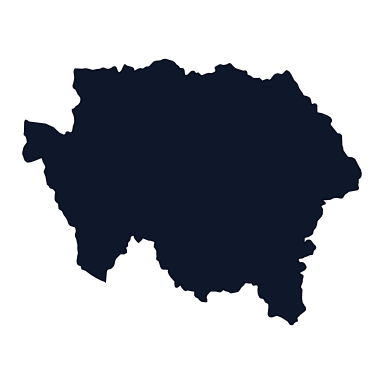 Ha Quang, Cao Bằng, Vietnam
{"feature_id": "81297802B58374178577075", "entity_name": "Ha Quang", "entity_type": "district", "adm_level": 2, "iso_a3": "VNM", "parent_name": "Vietnam", "parent_adm1": "Cao Bằng", "projection": "robinson", "projection_center": [106.12, 22.894], "detail": "fine", "context": "isolated", "style": "filled", "palette": "ink", "viewbox_px": 384, "rotation_deg": 0, "n_neighbors": 0, "source": "geoboundaries", "source_scale": "gbopen_adm2", "svg_char_len": 5882}
<svg xmlns="http://www.w3.org/2000/svg" viewBox="0 0 384 384"><path d="M360.1,169.6L359.3,168.5L354.8,159.9L354.0,159.0L351.8,157.9L349.8,157.9L347.9,157.4L347.1,156.8L343.1,151.1L342.7,150.1L342.5,147.9L341.9,146.5L341.6,144.7L341.3,136.0L340.6,134.8L339.6,134.3L337.1,133.9L330.5,125.6L329.8,124.0L330.2,122.8L331.2,121.4L331.3,120.2L331.0,119.2L329.8,117.7L326.8,115.9L321.8,113.9L317.6,113.1L317.0,112.7L316.6,111.4L316.6,105.4L315.7,104.4L314.7,104.0L312.3,104.8L311.6,104.7L311.0,103.6L310.1,99.6L309.4,98.2L306.8,96.8L304.4,96.3L302.9,95.6L302.3,93.9L299.6,90.1L298.4,88.0L297.3,84.8L296.3,83.3L293.6,80.6L290.6,74.6L289.0,72.3L286.8,70.9L285.7,71.5L282.7,74.6L281.8,74.9L280.9,74.9L277.8,73.9L275.6,74.5L274.2,75.5L270.8,79.9L269.9,80.3L269.1,80.4L267.3,79.6L266.5,79.7L262.5,81.3L261.9,81.1L259.3,78.5L255.8,78.8L253.0,78.6L250.2,76.3L247.5,75.5L246.9,74.9L246.6,72.6L246.0,71.4L245.2,71.1L243.9,71.4L242.5,71.2L235.3,68.9L232.8,66.7L230.7,64.3L229.4,63.8L226.6,65.2L223.5,65.8L220.0,64.9L215.5,67.3L215.3,67.8L216.0,70.0L216.0,71.1L215.6,71.8L214.8,72.6L212.3,73.6L211.1,73.9L208.8,73.6L206.9,74.0L202.1,75.9L201.1,76.0L198.3,73.3L197.6,73.2L196.3,73.9L195.5,73.7L194.3,71.9L192.8,71.4L191.4,71.8L187.9,75.3L185.8,75.7L184.8,75.4L184.3,74.5L183.8,70.3L183.1,69.0L179.6,68.6L178.3,66.6L176.0,64.9L174.2,62.7L172.5,61.6L166.0,59.6L164.4,59.6L163.0,59.9L160.9,61.0L155.2,61.6L153.8,62.3L150.1,66.2L148.6,67.2L146.0,67.3L143.4,69.2L142.2,69.3L141.1,68.9L139.8,68.9L137.9,69.6L135.1,71.3L134.3,71.1L133.7,70.7L133.1,68.5L132.0,67.7L126.7,66.3L125.1,65.0L124.6,65.0L122.0,70.6L120.2,72.7L118.7,73.0L118.0,72.4L117.1,71.1L115.9,67.8L114.9,66.9L113.2,67.3L111.3,68.7L108.4,69.7L106.4,69.4L103.7,68.3L102.6,68.3L99.7,69.6L97.3,69.7L92.7,70.7L87.5,69.2L85.1,69.0L81.8,69.5L75.6,69.1L75.0,69.3L74.4,70.7L74.3,72.1L74.9,76.8L74.9,78.9L74.0,83.3L73.3,85.1L73.3,86.7L74.2,88.2L75.9,89.1L78.4,94.1L80.8,97.1L81.2,99.5L80.8,101.7L80.2,103.2L78.8,105.0L75.9,107.1L74.4,108.9L72.5,109.6L72.6,111.4L74.1,114.9L74.7,117.3L75.0,121.7L74.5,123.9L73.6,126.4L72.8,131.2L72.0,132.5L70.5,133.1L69.5,133.0L68.1,132.1L67.1,132.1L66.3,132.7L65.8,134.2L64.9,135.1L63.6,135.4L59.5,133.5L57.5,131.9L53.4,127.9L45.4,124.3L28.8,122.2L26.8,120.7L26.0,120.5L25.6,120.5L25.2,121.1L24.9,122.5L24.7,131.2L24.4,134.6L26.3,136.3L26.9,138.0L27.6,141.8L27.4,142.9L24.7,146.5L23.9,148.4L23.0,152.7L23.0,153.9L25.1,159.9L26.7,161.5L27.9,161.9L30.0,161.6L33.9,160.4L41.2,157.4L42.0,157.6L42.7,158.4L43.1,160.4L43.6,161.8L46.0,166.2L46.0,167.7L44.4,171.7L46.2,176.6L47.6,184.3L49.1,185.4L50.2,187.4L50.9,187.8L53.2,188.4L55.4,190.9L56.0,192.4L55.5,194.4L55.3,199.0L55.7,200.5L56.9,202.0L58.8,203.4L59.2,208.3L60.1,209.2L62.5,210.5L64.3,214.6L66.6,217.7L68.1,220.4L68.8,223.0L69.5,224.2L70.5,225.2L75.0,226.6L75.9,227.7L76.5,230.3L76.5,231.9L75.7,234.3L75.7,236.2L76.9,238.8L78.2,245.0L78.0,248.4L78.6,252.7L78.6,253.8L78.1,255.3L77.3,261.0L77.5,262.9L78.1,264.2L78.8,264.8L81.3,265.4L81.9,268.1L82.3,268.9L85.6,270.0L91.4,274.3L96.7,277.5L101.3,279.8L105.0,281.2L105.3,281.5L106.0,272.8L106.6,269.8L107.7,268.9L110.6,268.3L112.4,266.6L113.3,265.5L113.9,263.8L114.6,260.2L115.7,258.1L120.2,253.6L124.3,253.6L126.0,252.6L126.3,252.2L126.2,250.2L125.3,247.8L125.5,247.2L127.0,246.2L127.3,245.6L127.4,242.5L129.3,240.4L130.0,238.6L129.9,237.6L130.4,236.4L131.9,235.3L133.1,234.9L133.7,234.9L134.2,235.1L134.7,237.5L135.4,238.7L137.5,241.4L138.5,242.2L140.9,239.9L142.6,237.7L143.2,237.7L148.7,239.9L150.6,240.0L153.8,241.0L155.2,242.2L154.5,245.8L154.5,246.9L155.7,248.4L157.1,250.9L157.0,253.6L157.3,256.2L156.9,258.8L157.2,259.6L159.5,261.0L159.6,262.1L161.2,267.2L162.1,268.5L163.3,268.9L168.0,269.0L168.7,269.6L168.6,272.0L169.2,273.8L171.0,276.6L175.0,281.1L175.2,282.0L175.1,284.2L175.6,286.7L176.7,287.1L177.5,286.9L179.7,285.0L180.8,284.6L182.0,287.0L183.9,289.3L185.4,290.4L187.5,289.7L195.0,291.1L194.9,295.2L195.8,296.5L198.7,298.1L199.5,299.3L201.7,301.1L205.8,301.6L206.6,301.4L206.6,300.3L205.8,297.4L206.5,295.1L209.6,291.5L210.5,290.8L216.1,290.8L218.8,291.5L220.7,291.5L223.2,289.2L223.8,289.3L225.4,290.5L229.0,291.3L230.2,292.4L231.3,292.6L237.3,291.4L238.4,290.8L241.1,286.8L243.3,284.8L244.8,282.8L245.8,282.3L248.8,282.8L251.8,282.7L252.9,284.6L253.4,285.0L256.0,284.5L257.1,284.6L257.8,285.3L258.6,286.3L258.2,289.4L258.4,293.0L259.0,295.2L260.0,297.1L261.0,297.8L262.7,298.0L263.8,298.5L265.9,302.0L268.3,303.2L268.9,304.1L269.1,305.5L269.1,307.7L268.4,314.4L269.1,315.8L269.7,316.4L271.1,316.7L272.9,316.4L276.1,315.2L277.6,315.2L281.5,316.8L286.4,319.8L288.3,321.2L290.2,324.1L291.3,324.4L292.3,324.4L293.0,323.9L293.6,322.8L295.1,321.6L297.2,320.8L296.6,318.0L297.3,316.9L300.1,314.1L304.6,310.6L305.3,309.7L305.2,307.8L302.1,303.0L301.7,301.3L301.3,297.3L301.7,289.7L300.1,287.1L302.0,281.7L302.2,278.7L302.8,277.3L302.8,275.9L301.1,274.5L298.6,273.4L298.6,273.1L299.9,272.1L303.9,269.9L305.0,269.0L305.8,267.6L305.7,266.6L305.2,265.5L304.0,263.8L302.9,263.0L301.7,262.8L300.4,263.0L299.4,262.7L298.1,260.9L298.0,260.0L298.2,259.0L298.6,258.3L299.2,258.1L302.6,257.7L304.3,256.5L307.1,255.7L309.8,254.4L311.9,254.3L312.3,254.1L313.2,250.5L315.2,248.5L315.5,247.6L315.0,246.2L313.3,244.5L310.5,240.8L309.1,240.3L307.4,240.5L306.6,240.9L305.5,242.6L304.8,243.0L304.5,242.9L304.1,242.3L303.8,240.7L304.1,237.9L304.5,237.2L308.3,236.3L311.5,234.4L312.3,233.5L313.1,230.2L315.5,227.2L316.3,224.6L316.8,221.2L317.3,220.3L320.8,216.5L322.0,214.3L322.4,209.5L320.6,206.3L320.6,205.7L323.0,204.3L324.3,204.0L325.0,203.6L325.1,203.2L323.6,201.5L322.0,200.5L321.9,199.9L322.7,199.6L330.2,199.1L333.2,197.6L336.6,197.1L341.2,197.9L342.1,197.6L342.8,196.9L344.5,194.1L347.1,192.4L348.0,191.5L349.1,191.0L357.2,189.6L357.8,189.1L358.2,188.6L358.2,188.1L357.5,184.7L358.1,182.3L357.8,179.2L359.9,177.5L360.6,176.5L360.9,175.3L361.0,173.1L360.1,169.6Z" fill="#0f172a" stroke="#020617" stroke-width="1.5"/></svg>